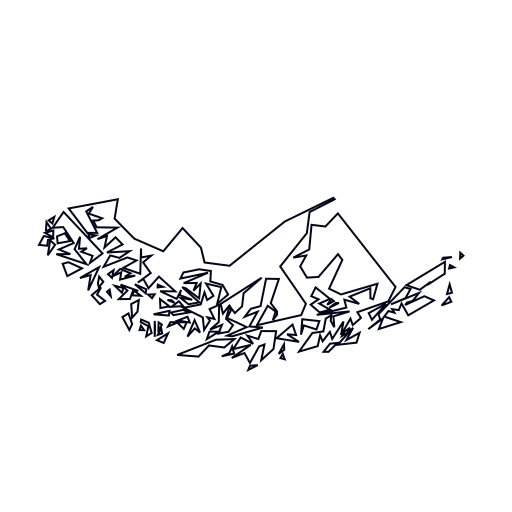 the border of Magallanes y Antártica Chilena, rotated 320°
{"feature_id": "CHL-2692", "entity_name": "Magallanes y Antártica Chilena", "entity_type": "Region", "adm_level": 1, "iso_a3": "CHL", "parent_name": "Chile", "parent_adm1": "", "projection": "equal_earth", "projection_center": [-72.604, -52.278], "detail": "fine", "context": "isolated", "style": "outline", "palette": "ink", "viewbox_px": 512, "rotation_deg": 320, "n_neighbors": 0, "source": "natural_earth", "source_scale": "10m", "svg_char_len": 6218}
<svg xmlns="http://www.w3.org/2000/svg" viewBox="0 0 512 512"><g transform="rotate(320 256 256)"><path d="M186.6,123.7L171.7,136.5L173.9,164.4L188.0,192.8L217.7,187.4L219.2,214.2L212.4,227.9L229.5,246.5L300.2,248.1L352.6,261.1L352.7,263.1L325.3,256.8L309.6,271.2L267.8,279.6L263.5,324.7L252.6,330.3L212.2,309.6L233.0,301.7L235.3,311.1L227.7,316.0L234.4,314.5L236.5,312.0L237.0,301.6L258.8,288.3L249.1,279.9L227.3,297.3L218.1,293.1L208.4,295.3L221.4,299.7L205.6,305.7L215.3,315.2L186.3,302.3L182.7,298.5L203.2,304.5L194.0,284.8L201.5,281.7L203.5,279.0L203.1,286.1L213.0,285.6L222.5,276.6L246.4,276.3L198.1,270.0L193.6,278.9L204.6,276.6L192.6,284.9L193.9,294.2L186.3,296.4L177.3,291.2L185.7,286.9L173.5,282.9L185.0,282.7L196.4,269.7L186.3,266.8L183.7,277.5L179.4,271.8L179.2,275.9L168.7,279.3L175.8,268.8L167.2,249.1L182.5,257.6L193.2,250.7L190.3,258.3L197.8,259.2L200.0,245.0L209.4,257.6L195.6,267.6L209.9,267.6L211.8,256.8L204.7,246.1L211.8,238.5L204.0,229.7L189.8,222.0L183.6,224.7L208.5,238.0L183.1,230.3L193.2,238.5L185.8,242.4L195.9,241.5L185.2,251.9L181.5,235.7L179.4,232.4L182.8,255.1L173.3,249.6L171.2,239.5L179.0,248.5L172.3,236.7L176.8,233.9L167.7,237.9L160.0,221.4L171.4,231.2L168.4,209.4L153.0,211.6L154.9,201.1L148.4,200.4L164.4,201.4L165.4,188.3L176.0,188.4L167.1,183.3L172.8,176.3L155.9,195.2L146.7,179.8L161.6,182.6L156.6,174.5L132.3,166.3L144.7,161.9L150.2,169.7L162.3,171.1L144.0,157.5L161.2,161.4L160.4,151.4L145.4,152.1L154.7,144.9L145.4,141.2L168.1,145.2L152.4,131.6L154.1,124.2L158.1,127.3L162.4,128.2L155.1,116.0L162.7,113.6L154.6,112.7L149.2,136.2L141.6,129.8L143.1,99.2L186.6,123.7ZM343.0,369.4L328.2,375.8L297.5,364.2L296.6,370.9L285.7,371.1L288.1,364.7L270.3,371.2L280.9,362.4L261.1,368.5L263.8,361.6L252.2,364.2L254.1,358.0L245.3,364.7L227.5,356.9L249.7,351.2L259.1,357.1L269.2,348.8L275.7,349.8L271.6,353.6L270.2,360.9L276.5,352.0L292.1,358.6L264.7,340.1L292.0,353.6L295.6,346.3L304.3,359.0L301.6,347.3L322.8,354.2L316.5,361.9L317.9,364.4L331.2,355.3L296.4,340.1L291.0,328.0L319.6,314.5L320.0,307.3L290.4,312.2L281.1,305.3L283.2,292.3L294.8,287.9L283.5,281.2L301.0,285.2L318.6,267.8L328.1,278.0L346.1,276.0L343.0,369.4ZM120.9,153.3L104.2,126.2L115.0,135.2L109.2,124.3L124.7,128.9L126.9,109.9L118.4,103.7L136.9,98.6L140.1,155.4L124.3,154.6L130.9,150.8L124.9,140.4L131.5,141.4L125.0,136.7L133.6,128.2L121.4,134.2L120.9,153.3ZM363.8,404.4L334.5,399.3L337.0,385.9L330.6,389.2L326.1,384.2L325.6,388.4L322.1,383.3L315.3,384.8L324.4,399.7L303.2,390.9L313.2,385.4L295.0,384.2L310.4,384.5L312.4,379.3L349.7,375.4L353.2,380.6L343.4,384.4L328.3,379.8L357.2,389.1L347.2,391.1L341.8,388.8L338.8,389.4L359.1,395.0L363.8,404.4ZM209.6,338.5L193.0,339.2L205.6,329.2L200.2,327.3L182.6,334.1L184.8,322.9L171.9,318.5L194.9,320.7L178.7,312.7L191.9,308.6L197.3,321.5L198.2,311.5L204.4,321.1L211.8,316.9L223.1,326.5L209.6,338.5ZM368.4,388.3L373.3,388.0L359.8,387.2L352.5,375.0L397.0,381.9L389.2,390.9L368.4,388.3ZM281.5,318.4L285.1,336.4L273.9,333.1L278.2,344.7L268.5,340.1L266.6,328.4L276.1,329.4L272.5,322.3L281.5,318.4ZM186.0,305.7L172.9,305.7L162.5,294.3L147.3,296.1L132.0,281.1L171.5,294.4L186.0,305.7ZM239.9,345.2L250.8,334.2L262.7,346.6L255.1,351.1L248.0,339.9L239.9,345.2ZM233.7,349.4L218.9,332.2L239.9,332.0L235.9,342.3L229.5,335.9L233.7,349.4ZM128.6,163.7L105.3,174.5L117.1,164.3L107.0,159.7L128.6,163.7ZM133.9,190.9L143.4,207.1L140.6,202.9L131.8,207.9L123.2,200.9L135.3,199.8L133.9,190.9ZM163.9,278.7L162.6,272.1L151.7,273.7L167.7,265.7L163.9,278.7ZM286.0,381.4L277.3,387.0L261.5,376.5L284.3,373.4L271.2,378.5L286.0,381.4ZM150.9,193.4L136.7,186.7L142.3,181.9L133.3,179.4L143.6,178.6L148.8,188.6L142.1,187.5L150.9,193.4ZM303.8,379.4L305.6,372.2L324.9,376.1L303.8,379.4ZM114.8,153.6L98.5,150.1L102.9,137.7L108.3,140.2L114.8,153.6ZM137.9,214.4L129.4,222.5L121.5,223.6L129.5,212.6L137.9,214.4ZM126.6,247.9L120.2,247.0L128.5,240.6L125.2,232.5L127.2,230.8L130.9,238.2L126.6,247.9ZM117.2,180.4L109.4,183.4L111.5,193.4L105.4,192.5L105.0,180.4L117.2,180.4ZM112.9,112.8L107.1,110.0L102.6,113.9L96.9,108.0L106.3,104.3L112.9,112.8ZM153.8,265.4L152.9,256.4L143.3,253.5L147.9,251.7L160.3,262.2L153.8,265.4ZM124.2,115.7L123.1,125.0L112.2,118.8L116.1,113.1L124.2,115.7ZM121.4,218.0L117.4,228.5L111.4,231.3L114.4,216.9L121.4,218.0ZM138.9,258.7L129.4,263.3L126.0,256.8L138.9,258.7ZM109.3,118.3L97.0,121.6L108.4,111.7L109.3,118.3ZM168.2,256.1L154.7,248.2L154.5,244.6L165.5,250.4L168.2,256.1ZM154.8,227.3L157.3,238.9L149.3,234.4L154.8,227.3ZM129.7,197.9L128.7,188.1L133.9,195.3L129.7,197.9ZM151.0,245.6L140.0,234.8L154.5,242.4L151.0,245.6ZM262.5,374.9L249.9,376.0L246.2,372.8L256.4,370.8L262.5,374.9ZM164.5,258.5L162.5,264.4L154.7,255.2L164.5,258.5ZM179.6,309.9L176.5,316.7L165.3,310.8L173.3,313.2L179.6,309.9ZM132.3,246.4L126.4,252.8L136.7,240.6L132.3,246.4ZM158.6,240.6L167.8,241.1L168.0,247.6L158.6,240.6ZM386.1,402.2L382.5,410.1L377.9,407.9L386.1,402.2ZM122.6,171.0L122.5,177.6L115.5,178.9L117.3,175.3L122.6,171.0ZM210.5,345.6L220.7,341.6L217.4,346.0L210.5,345.6ZM117.2,106.2L112.6,111.2L109.3,102.7L117.2,106.2ZM377.5,411.7L376.2,416.6L366.4,413.2L377.5,411.7ZM150.6,211.0L147.5,213.7L145.0,199.8L150.6,211.0ZM398.8,387.6L400.5,392.1L395.9,389.7L398.8,387.6ZM140.3,204.1L142.2,212.4L136.1,206.8L140.3,204.1ZM278.9,342.7L286.9,343.3L289.3,345.3L278.9,342.7ZM146.6,137.3L140.0,135.2L141.5,131.7L146.6,137.3ZM117.3,95.4L116.5,103.3L111.6,102.2L111.5,101.4L117.3,95.4ZM171.8,284.0L178.6,290.0L164.9,288.1L171.8,284.0ZM122.6,240.9L119.2,237.9L123.1,235.4L122.6,240.9ZM131.6,180.2L131.0,174.8L137.8,175.3L131.6,180.2ZM153.7,220.2L149.2,221.5L148.6,216.2L153.7,220.2ZM180.9,336.2L187.2,340.7L176.9,338.3L180.9,336.2ZM414.6,384.8L415.1,389.1L410.7,389.1L414.6,384.8ZM138.7,244.3L139.8,248.0L132.1,251.6L138.7,244.3ZM281.9,371.4L276.4,373.6L270.7,372.6L275.5,370.8L281.9,371.4ZM279.2,339.1L286.1,337.5L286.6,340.6L279.2,339.1ZM122.3,187.7L118.9,193.4L118.9,187.6L122.3,187.7ZM398.2,377.6L405.4,382.7L396.5,378.3L398.2,377.6ZM162.4,214.8L164.9,219.8L160.4,216.8L162.4,214.8ZM213.5,348.3L211.6,353.6L209.1,349.9L213.5,348.3ZM120.9,100.2L120.0,95.4L126.7,96.4L120.9,100.2ZM163.0,235.7L163.5,239.5L159.9,232.8L163.0,235.7ZM134.4,255.0L130.1,253.3L136.8,250.6L134.4,255.0Z" fill="none" stroke="#020617" stroke-width="2"/></g></svg>